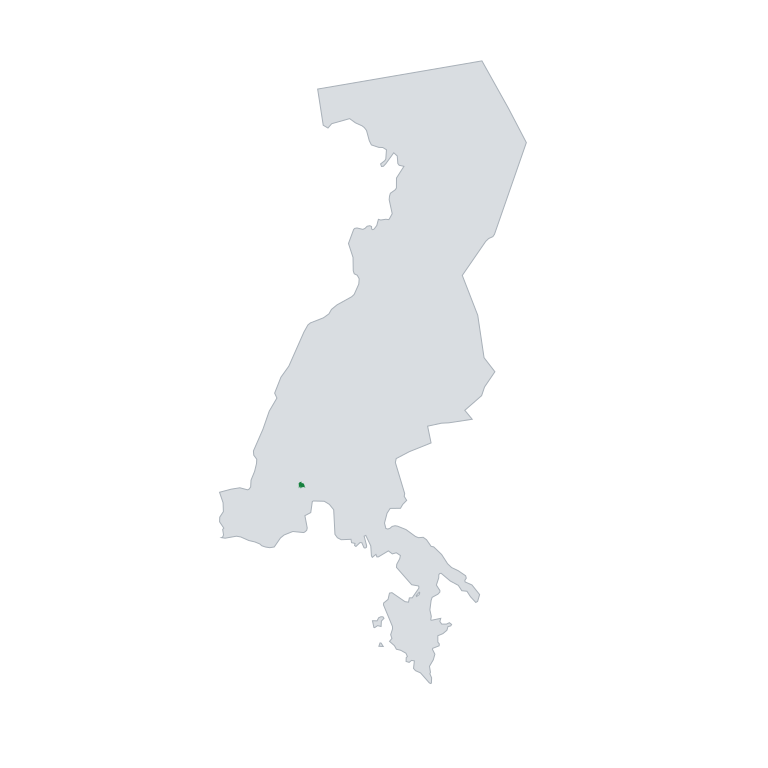 location of Shakhrisabz city, Kashkadarya, Uzbekistan, rotated 77°
{"feature_id": "79887680B15767509154771", "entity_name": "Shakhrisabz city", "entity_type": "district", "adm_level": 2, "iso_a3": "UZB", "parent_name": "Uzbekistan", "parent_adm1": "Kashkadarya", "projection": "equal_earth", "projection_center": [66.838, 39.072], "detail": "fine", "context": "in_parent", "style": "filled", "palette": "green", "viewbox_px": 768, "rotation_deg": 77, "n_neighbors": 0, "source": "geoboundaries", "source_scale": "gbopen_adm2", "svg_char_len": 4961}
<svg xmlns="http://www.w3.org/2000/svg" viewBox="0 0 768 768"><g transform="rotate(77 384 384)"><path d="M599.6,343.5L610.7,338.2L616.9,341.7L617.5,343.7L610.7,347.6L604.6,349.8L602.9,354.7L596.9,356.9L590.8,363.8L581.3,370.9L581.2,372.3L582.1,373.5L585.2,374.3L591.7,378.2L597.8,376.0L599.3,376.4L600.9,378.7L602.7,385.1L605.5,386.8L614.4,390.1L621.0,390.2L624.4,391.5L624.9,390.9L625.1,381.4L627.9,383.0L630.9,381.8L632.0,377.1L631.3,374.0L633.5,372.2L634.7,373.4L634.8,376.3L638.1,378.1L640.5,382.8L641.4,388.2L647.6,389.6L649.7,388.6L651.5,389.2L652.5,396.0L653.4,396.5L658.7,395.2L663.8,398.0L669.3,403.2L675.4,403.6L676.7,404.5L681.0,403.7L686.1,405.1L686.3,406.0L685.4,407.1L673.7,413.4L670.4,417.8L667.8,419.2L660.6,416.7L659.5,419.4L660.9,422.1L659.3,424.9L655.6,423.9L654.8,422.5L651.2,423.2L647.1,427.8L645.2,431.6L641.3,432.7L636.0,436.5L633.7,433.5L629.8,433.9L624.6,430.8L622.1,430.3L599.1,434.2L597.3,433.6L594.8,428.5L589.0,425.7L589.1,423.2L600.8,412.5L602.1,409.2L598.1,407.4L598.7,404.6L590.9,396.1L589.5,395.6L588.5,395.9L585.8,402.2L565.5,413.1L562.5,412.1L557.8,408.0L554.8,406.6L551.2,410.0L551.4,414.1L547.6,417.3L551.2,428.4L550.9,429.8L548.2,430.2L550.3,434.4L548.6,434.9L538.8,433.3L527.4,435.8L527.8,437.6L537.9,437.3L539.3,438.0L539.6,439.4L539.0,440.3L533.7,441.3L533.1,443.0L536.0,447.9L534.7,449.0L532.8,448.1L531.3,451.3L527.9,451.1L526.1,460.7L523.3,464.0L519.4,465.6L495.2,461.3L489.0,464.3L484.8,468.6L482.1,479.1L482.4,480.3L492.8,484.3L494.5,490.7L507.0,491.2L509.1,492.2L510.1,493.8L510.7,495.6L507.2,506.0L508.6,515.2L510.7,519.5L518.1,527.6L517.8,532.1L516.2,536.1L514.1,539.5L511.9,541.0L508.8,545.4L506.1,550.9L500.8,558.0L499.1,562.0L498.5,573.5L497.1,577.0L496.9,575.7L495.0,574.3L489.4,573.9L488.4,572.5L481.3,575.2L476.8,574.0L472.2,569.2L463.5,567.5L452.5,568.6L452.1,556.6L452.7,547.8L456.4,540.8L456.3,539.5L454.4,537.1L447.8,535.2L440.0,529.7L432.8,526.1L428.7,524.9L424.1,526.9L419.9,526.3L400.8,512.1L384.6,501.9L373.6,491.5L368.3,492.6L354.2,482.9L345.2,472.7L315.2,450.2L309.3,444.8L307.9,441.9L305.9,428.2L303.3,421.9L299.5,418.4L296.3,411.9L291.7,395.8L290.0,392.9L281.0,386.1L275.9,384.5L272.0,385.6L269.9,388.2L266.8,388.5L253.7,385.7L239.1,387.0L226.6,378.8L225.8,377.5L225.9,375.2L228.6,369.8L228.1,367.5L226.5,364.9L226.6,362.2L227.8,360.7L230.2,361.2L231.1,360.2L230.8,358.8L228.0,355.4L222.3,352.4L223.5,350.3L223.9,345.1L224.9,342.4L224.2,341.5L219.9,337.7L205.6,337.5L202.3,336.4L199.6,334.9L197.2,329.2L195.8,327.8L186.1,325.5L176.4,315.6L174.3,320.0L172.3,320.9L164.8,319.8L160.9,322.5L169.7,332.6L171.7,335.6L171.5,337.5L168.8,337.8L166.5,332.9L165.1,331.6L156.3,328.9L153.3,332.0L152.3,335.8L148.2,342.5L143.6,343.6L133.0,344.0L129.7,345.5L127.5,347.3L123.1,353.1L117.7,357.8L118.6,376.4L122.0,381.0L118.2,385.0L81.7,382.3L91.2,215.9L143.5,200.7L180.8,191.0L263.0,242.7L264.9,244.8L265.8,249.3L267.9,252.8L295.8,283.3L338.1,277.2L380.9,280.6L397.0,273.2L409.5,286.7L417.3,291.5L427.8,311.2L438.2,306.0L436.4,329.6L435.1,336.8L434.9,351.0L452.0,351.4L455.6,374.4L459.4,388.9L463.1,390.6L495.5,388.5L498.0,389.6L502.5,388.1L505.5,392.8L508.8,395.9L506.6,406.0L510.6,410.1L519.6,414.8L525.2,414.7L526.2,412.9L525.9,410.6L524.6,408.1L524.6,405.1L525.5,402.9L530.8,395.3L539.6,387.7L541.5,385.0L542.2,380.3L545.3,377.6L552.8,374.6L553.9,372.2L563.1,366.2L573.4,362.5L578.1,359.4L582.6,353.7L589.2,347.6L591.7,347.5L593.5,349.4L595.1,349.5L599.6,343.5ZM598.4,400.1L597.2,397.1L595.5,396.1L594.8,396.5L597.4,400.2L598.4,400.1ZM619.0,448.6L612.1,448.5L613.2,444.0L610.6,441.8L610.1,439.5L610.6,437.4L612.3,436.7L614.4,439.9L619.6,441.4L618.0,444.6L619.3,448.0L619.0,448.6ZM639.6,443.8L638.4,448.0L635.4,446.1L635.8,445.1L639.6,443.8Z" fill="#d9dde1" stroke="#a8b0b8" stroke-width="1"/><path d="M463.0,486.6L463.0,486.8L463.0,487.0L463.2,486.9L463.2,486.7L463.3,486.7L463.4,486.8L463.5,486.8L463.6,487.0L463.0,487.2L462.9,487.1L462.4,487.2L462.4,487.3L462.5,487.5L462.6,487.8L462.4,487.7L462.1,487.7L461.9,487.7L461.7,487.7L461.4,487.5L461.4,487.9L462.0,487.9L462.3,487.9L462.4,488.0L462.7,488.0L462.6,488.4L462.3,488.4L462.3,488.5L462.2,488.6L462.2,488.8L462.3,488.8L462.5,488.8L462.9,488.9L463.0,488.9L463.1,489.0L463.6,489.0L464.0,489.1L463.9,489.0L463.9,488.8L463.8,488.7L463.8,488.4L463.8,488.2L464.0,488.1L464.3,488.1L464.5,488.1L464.8,488.0L465.2,488.0L465.1,487.9L465.0,487.7L465.3,487.7L465.2,487.6L464.8,487.4L464.7,487.4L464.5,487.2L464.5,486.9L464.4,486.6L464.1,486.6L464.0,486.4L464.4,486.4L464.4,486.6L464.6,486.7L464.9,486.7L465.1,486.6L465.3,486.5L465.2,486.4L464.5,486.3L464.5,486.1L464.4,486.1L464.5,486.0L464.6,485.9L464.8,485.8L464.9,485.7L465.0,485.7L465.4,485.6L465.5,485.6L465.6,485.4L465.4,485.5L465.3,485.3L465.3,485.2L465.2,485.2L464.9,485.0L464.5,485.1L464.4,485.2L464.2,485.2L463.9,485.2L463.7,485.4L463.8,485.4L463.8,485.6L463.7,485.7L463.5,485.8L463.2,485.8L463.2,486.0L463.1,485.9L463.0,486.2L463.0,486.6Z" fill="#22c55e" stroke="#15803d" stroke-width="1.5"/></g></svg>